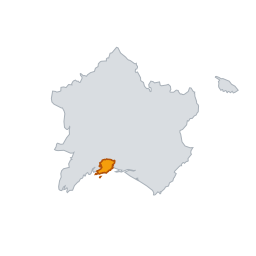 where Vendée sits in France, rotated 295°
{"feature_id": "FRA-5353", "entity_name": "Vendée", "entity_type": "Metropolitan department", "adm_level": 1, "iso_a3": "FRA", "parent_name": "France", "parent_adm1": "", "projection": "mercator", "projection_center": [-1.356, 46.678], "detail": "fine", "context": "in_parent", "style": "filled", "palette": "amber", "viewbox_px": 256, "rotation_deg": 295, "n_neighbors": 0, "source": "natural_earth", "source_scale": "10m", "svg_char_len": 5820}
<svg xmlns="http://www.w3.org/2000/svg" viewBox="0 0 256 256"><g transform="rotate(295 128 128)"><path d="M190.1,108.2L188.7,109.0L187.8,110.6L186.9,111.0L185.2,111.0L184.4,110.0L182.4,110.6L181.6,111.7L182.8,112.9L178.9,118.1L176.3,119.5L175.8,122.8L172.8,125.3L171.7,128.0L171.6,128.5L172.4,129.4L172.1,131.1L170.6,132.2L170.6,133.3L171.0,133.4L173.3,132.5L174.2,131.5L173.7,130.1L176.0,128.5L180.1,128.9L180.6,131.1L180.1,133.0L183.1,137.1L180.5,139.0L180.3,140.3L183.0,144.4L184.6,146.1L183.7,148.8L180.9,150.6L179.2,150.4L178.4,150.9L178.5,151.7L179.7,154.2L182.7,155.7L183.2,157.6L182.3,158.3L180.9,161.0L181.6,162.4L181.3,163.0L181.6,164.0L182.4,164.9L186.6,167.2L190.4,166.8L190.9,168.2L188.6,171.8L188.7,173.4L187.5,173.4L187.3,174.0L185.0,175.2L181.2,178.8L179.4,179.8L178.7,181.7L177.7,182.7L172.3,184.8L171.3,184.3L168.6,184.3L167.0,183.0L163.9,182.2L162.8,180.3L159.9,180.0L159.7,178.7L155.6,179.8L149.8,178.1L147.7,176.2L146.1,176.7L144.6,178.4L138.3,182.8L135.8,187.3L136.3,192.6L137.7,195.1L133.9,194.7L131.7,195.5L131.1,196.6L125.7,195.3L123.7,196.4L123.1,196.3L122.5,195.2L119.8,194.0L120.2,193.1L119.9,192.4L117.4,191.7L116.5,192.5L115.6,191.0L108.6,188.6L107.5,188.6L107.0,191.0L102.5,190.9L101.9,190.5L99.0,191.0L95.9,188.8L92.5,189.2L90.4,186.9L88.4,186.8L85.5,185.6L84.2,185.0L84.0,184.3L83.2,185.3L82.1,185.1L81.9,184.8L82.6,183.5L82.7,182.0L79.1,180.9L78.2,179.9L78.2,179.3L80.1,178.8L81.8,176.7L83.5,169.2L84.7,160.2L85.6,158.5L86.7,158.0L85.8,156.8L84.7,158.4L85.4,150.1L86.6,143.8L89.7,146.4L90.4,147.5L91.3,151.3L93.0,152.8L91.9,151.3L90.8,146.3L90.1,144.9L85.3,140.7L85.1,139.8L87.2,140.3L86.4,137.1L85.9,130.5L82.9,129.8L78.2,127.0L75.0,121.9L74.6,120.0L75.5,117.9L74.7,116.6L73.4,115.7L74.4,114.0L75.4,113.8L78.8,114.8L76.0,113.1L71.5,113.7L69.7,113.1L69.4,111.9L70.6,110.3L69.1,109.3L66.5,109.6L66.2,109.1L67.0,108.0L66.3,107.6L64.2,108.0L63.0,107.7L61.9,106.4L58.5,106.1L57.8,105.3L53.1,103.8L48.2,104.1L46.8,101.5L43.8,100.3L44.4,99.4L47.4,98.7L48.0,97.9L45.8,96.9L45.0,95.8L49.0,95.5L47.2,94.4L43.3,94.5L42.8,92.9L43.3,91.3L45.6,89.9L51.2,88.3L55.3,88.2L58.2,86.4L61.1,85.9L63.8,86.8L67.5,91.4L70.4,89.4L74.8,89.4L75.7,90.5L76.8,88.5L77.8,89.7L83.1,89.3L81.9,88.5L80.9,86.5L80.7,79.3L77.9,74.1L77.3,72.1L77.4,70.5L80.6,70.8L83.3,70.1L84.5,70.6L84.8,74.0L86.0,75.9L93.3,76.5L97.6,77.6L101.1,75.7L104.5,74.8L104.7,74.4L102.8,74.6L101.0,73.7L100.8,72.8L101.7,70.2L106.8,67.2L114.3,64.7L116.3,63.0L118.5,60.0L118.0,59.2L118.3,50.9L119.4,48.1L122.3,46.1L129.6,44.1L130.5,46.8L130.4,48.3L132.3,50.7L133.3,51.4L136.5,50.1L138.0,52.3L138.5,54.8L142.3,55.8L143.4,59.0L144.1,58.3L146.5,58.4L147.6,58.7L149.2,60.1L148.7,62.0L149.4,62.9L148.7,64.7L149.2,65.4L153.6,65.4L154.9,64.6L155.5,62.9L156.9,61.8L157.4,62.1L156.5,65.4L157.1,66.3L157.4,68.6L159.1,68.8L162.3,70.6L165.1,73.7L168.4,73.2L171.0,74.9L173.8,74.0L176.4,74.9L177.3,75.8L179.7,80.1L181.5,79.2L182.8,79.7L183.3,80.9L188.2,80.2L189.1,81.4L190.1,81.9L196.3,83.5L196.4,85.1L192.8,89.6L191.2,96.0L190.2,98.2L189.8,99.8L190.1,100.9L189.9,102.6L189.1,106.7L189.5,107.9L190.1,108.2ZM212.3,189.1L212.0,191.5L212.9,193.2L213.2,200.0L211.4,203.3L211.1,207.2L208.8,211.9L205.4,209.8L204.3,208.6L205.3,206.9L203.3,205.9L203.7,204.2L203.5,203.3L202.1,203.2L202.0,202.7L203.1,201.4L203.1,200.5L201.7,199.5L201.5,198.6L202.8,197.5L202.2,196.6L201.4,196.3L203.2,193.2L204.4,192.3L207.1,191.4L208.3,190.3L210.0,190.9L210.3,190.6L210.9,185.7L211.6,185.6L212.1,186.2L212.3,189.1ZM85.5,137.5L85.1,139.0L83.2,136.4L83.0,135.0L85.5,137.5Z" fill="#d9dde1" stroke="#a8b0b8" stroke-width="1"/><path d="M86.2,130.5L86.0,130.3L85.5,130.3L85.1,130.5L85.1,131.1L84.7,131.0L84.5,130.7L84.3,130.4L84.1,130.3L83.6,130.1L83.4,129.8L83.2,129.8L82.6,130.0L82.3,130.0L82.1,129.6L82.1,129.2L81.9,128.8L81.6,128.7L81.3,128.6L80.5,128.6L80.2,128.4L80.3,128.2L80.1,128.0L79.4,127.9L79.0,127.6L78.7,127.5L78.5,127.4L78.3,126.9L78.2,126.7L78.2,126.9L78.3,127.2L78.3,127.3L78.1,127.4L78.0,127.2L77.8,125.9L77.8,125.6L77.6,125.5L77.5,125.3L77.5,125.1L77.4,124.9L77.2,124.7L76.9,124.4L76.8,123.9L76.6,123.8L76.4,123.7L76.2,123.7L75.8,122.9L75.1,122.2L74.7,121.9L74.4,121.8L74.3,121.7L74.2,121.4L74.2,121.1L74.1,120.8L74.2,120.4L74.3,120.3L74.6,120.0L74.5,119.8L74.7,119.6L75.1,119.3L75.3,119.1L75.5,118.4L75.6,118.1L75.8,118.0L76.1,118.1L76.8,119.0L77.2,119.3L78.4,119.9L79.0,120.6L79.8,120.7L81.1,121.0L81.4,120.9L81.6,120.7L81.4,120.3L81.2,119.5L81.0,118.7L81.1,118.2L81.7,118.0L81.8,118.0L82.0,118.1L82.0,118.4L82.0,119.3L82.1,119.6L82.3,119.7L82.6,119.7L83.1,119.3L83.2,119.2L83.3,119.0L83.3,118.8L83.2,118.2L83.3,117.9L83.5,117.8L84.0,117.9L84.1,117.6L84.4,117.2L84.9,117.4L85.8,118.1L86.7,118.4L87.2,118.5L87.7,118.2L87.9,118.3L88.1,118.5L88.7,118.9L88.8,119.1L89.0,119.4L89.1,119.6L89.4,119.8L89.6,120.0L89.7,120.5L89.7,120.8L89.8,121.0L90.6,121.5L90.9,121.8L91.0,121.9L91.0,122.0L90.9,122.4L90.9,122.6L91.0,122.9L91.3,123.4L91.6,124.1L91.7,124.3L91.7,124.5L91.7,124.8L91.8,125.0L92.0,125.3L92.1,125.8L92.2,126.3L92.1,126.5L91.9,126.8L91.9,127.0L92.1,127.9L92.1,128.0L92.0,128.4L92.0,128.6L92.0,128.8L92.3,128.9L92.7,129.2L92.9,129.4L92.9,129.5L92.7,129.8L92.4,129.7L92.3,129.8L92.2,129.8L91.9,130.2L91.8,130.3L91.7,130.3L91.4,130.3L91.2,130.3L90.9,130.5L90.6,130.6L89.7,130.2L89.4,130.1L89.2,130.1L88.9,130.2L88.6,130.3L88.4,130.3L88.1,130.4L87.9,130.2L88.0,130.1L88.1,129.9L88.1,129.6L87.7,129.7L87.6,129.8L87.4,129.8L86.7,130.0L86.2,130.4L86.2,130.5L86.2,130.5ZM73.3,118.8L73.4,119.0L73.9,119.2L74.0,119.3L74.0,119.6L74.1,119.9L74.0,120.1L73.8,120.0L73.6,119.6L73.4,119.2L73.1,119.0L72.8,119.2L72.6,118.9L72.4,118.3L72.2,118.0L72.9,118.0L73.1,118.0L73.3,118.1L73.4,118.3L73.3,118.6L73.3,118.8ZM71.7,123.2L72.2,123.4L72.4,123.6L72.5,123.8L72.2,123.7L71.3,123.7L71.1,123.4L71.2,123.2L71.5,123.2L71.7,123.2Z" fill="#f59e0b" stroke="#b45309" stroke-width="1.5"/></g></svg>